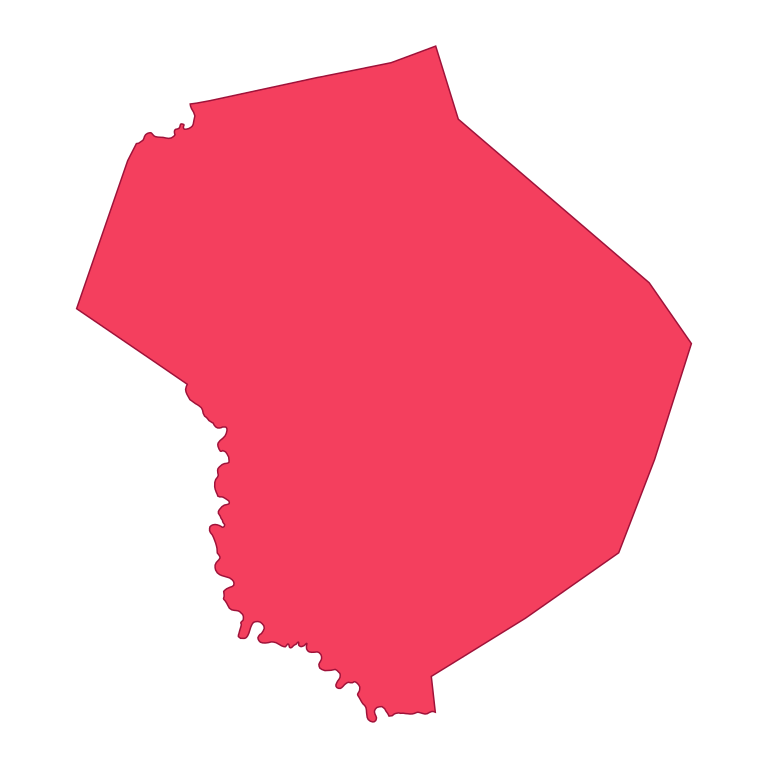 Shaamar, Selenge, Mongolia (orthographic projection)
{"feature_id": "93677404B82499437232686", "entity_name": "Shaamar", "entity_type": "district", "adm_level": 2, "iso_a3": "MNG", "parent_name": "Mongolia", "parent_adm1": "Selenge", "projection": "orthographic", "projection_center": [106.157, 50.033], "detail": "fine", "context": "isolated", "style": "filled", "palette": "rose", "viewbox_px": 768, "rotation_deg": 0, "n_neighbors": 0, "source": "geoboundaries", "source_scale": "gbopen_adm2", "svg_char_len": 4890}
<svg xmlns="http://www.w3.org/2000/svg" viewBox="0 0 768 768"><path d="M435.7,46.1L391.1,62.7L318.7,77.3L318.3,77.3L209.3,100.8L196.8,103.1L190.2,104.0L190.5,106.0L191.5,108.6L193.6,112.2L194.9,115.9L194.4,118.2L193.9,120.5L193.2,124.3L192.3,126.1L190.8,127.4L188.6,128.6L186.2,129.2L184.4,129.2L183.7,128.5L183.4,127.6L183.5,126.5L184.0,125.1L183.8,124.5L182.7,124.1L181.6,123.9L180.6,124.2L180.2,125.3L179.9,126.8L179.0,128.3L177.4,129.0L175.7,129.3L174.7,130.2L174.4,131.5L174.5,133.1L175.0,134.8L173.9,136.2L171.4,137.9L168.7,138.4L165.9,138.0L163.2,137.4L160.9,137.3L157.8,137.1L155.3,136.6L153.9,135.8L151.4,133.0L150.4,132.7L149.0,132.9L147.4,133.4L145.6,134.7L144.5,136.5L143.9,138.4L143.0,140.2L141.3,141.4L138.7,143.2L136.4,143.6L127.7,160.6L76.6,308.7L158.6,364.6L187.3,384.3L186.9,385.2L186.3,386.5L185.6,389.4L186.0,391.9L187.0,394.4L188.8,397.6L189.9,399.6L194.2,402.7L195.4,403.6L197.4,404.7L199.3,406.0L201.3,407.7L202.5,410.0L203.2,413.3L204.6,416.1L206.5,417.5L208.1,419.4L208.9,420.5L212.3,422.7L213.0,422.9L213.4,423.6L214.3,425.3L215.7,426.9L217.5,427.9L219.3,428.0L221.1,427.7L222.5,427.0L224.0,427.0L225.6,427.0L226.3,427.5L226.9,428.7L227.0,430.2L226.3,433.3L225.0,436.0L222.9,438.2L220.1,440.5L218.2,442.9L217.8,444.4L218.0,446.3L219.1,449.2L220.4,451.2L221.7,451.2L222.8,450.6L225.5,451.8L226.9,453.7L228.7,457.1L228.8,458.5L229.1,460.8L228.9,462.4L227.7,463.1L226.1,463.4L224.4,463.6L222.1,464.6L219.4,466.9L218.0,468.6L217.6,470.2L217.8,472.8L218.3,475.2L217.6,477.0L215.7,479.5L214.8,482.4L214.7,486.7L215.2,489.3L216.3,492.3L217.4,494.7L217.8,496.1L219.8,496.9L221.2,496.8L222.9,497.1L224.7,498.1L227.0,499.6L228.8,500.9L229.3,502.2L229.2,503.5L228.4,504.1L226.7,504.6L224.3,505.1L221.9,506.7L219.4,509.6L218.4,511.4L218.4,513.3L220.2,516.1L221.0,518.2L222.4,520.2L222.7,521.6L223.1,522.6L224.6,524.5L224.5,525.5L224.2,526.5L223.3,527.1L222.4,527.3L221.2,526.5L219.3,525.5L217.2,524.8L215.1,524.5L213.0,524.8L211.4,525.5L210.0,526.7L209.6,528.4L209.6,530.7L210.5,532.7L212.3,534.9L213.6,537.6L215.6,542.9L216.4,545.7L217.0,548.4L217.2,551.5L217.3,553.0L218.9,555.0L219.8,556.6L220.0,558.0L218.9,559.7L216.3,562.5L215.1,565.1L215.1,567.7L215.6,570.0L217.3,572.8L219.6,574.6L221.9,575.6L226.3,576.9L229.6,577.9L232.1,579.7L233.5,581.4L234.0,583.2L233.7,585.3L232.2,586.5L229.8,587.3L226.6,588.8L224.6,590.4L223.7,591.4L224.1,594.8L224.1,596.5L223.5,598.5L223.8,599.4L224.9,600.5L226.6,603.0L227.9,605.5L229.4,608.2L231.7,609.8L234.6,610.4L236.0,610.5L238.3,610.9L239.9,611.8L241.2,613.1L242.6,614.4L243.3,616.1L243.4,617.6L243.3,619.3L242.9,620.4L242.0,621.2L241.0,622.3L240.8,623.0L241.3,624.2L241.1,625.9L240.3,628.6L239.6,630.9L238.9,633.7L238.4,635.1L238.4,636.6L240.5,638.3L244.3,638.4L245.6,638.0L246.5,637.3L247.7,635.7L248.9,633.1L249.6,630.8L250.8,627.0L252.1,624.2L253.5,622.4L255.4,621.7L257.9,621.5L260.3,622.1L262.2,623.7L263.8,625.7L264.3,628.3L263.1,631.1L261.4,633.6L259.9,634.5L258.6,636.2L257.9,637.8L258.3,639.5L259.2,641.0L260.4,642.2L262.7,642.9L265.4,643.0L268.5,642.6L271.2,641.9L273.3,642.0L276.1,642.7L279.7,644.7L281.5,645.8L283.7,646.6L285.2,646.8L286.1,646.0L286.8,645.2L287.4,644.2L287.9,644.0L288.5,644.2L288.8,644.6L289.0,645.4L289.3,646.6L289.5,647.2L290.3,647.8L291.1,647.7L291.8,647.4L292.7,646.5L293.8,645.4L295.1,644.6L296.0,644.3L296.9,643.3L297.4,642.6L298.2,642.1L298.6,642.4L298.7,643.0L298.7,643.8L298.6,644.9L299.2,645.7L300.4,646.5L301.6,646.6L302.5,646.3L304.0,645.7L304.9,644.9L305.9,643.8L306.6,643.4L306.9,643.6L306.8,644.3L306.6,645.3L306.4,646.6L306.6,648.9L307.6,650.7L309.2,651.9L311.6,652.3L314.5,652.2L317.2,651.9L319.1,652.6L320.8,654.4L321.5,656.4L321.6,658.2L321.3,659.6L320.6,661.0L319.7,662.5L318.9,664.3L319.1,666.3L319.9,668.2L321.9,669.5L324.9,670.6L330.9,670.3L335.2,669.4L337.0,670.4L339.8,673.3L340.2,674.5L340.2,675.8L340.0,677.4L339.0,679.3L337.6,681.1L336.6,683.1L335.9,684.9L336.0,686.3L336.8,687.5L338.3,688.3L340.4,688.4L341.6,687.7L343.0,686.4L344.6,684.6L346.8,682.9L348.4,682.3L350.4,682.7L352.5,682.7L353.2,682.3L354.2,681.7L355.4,681.9L357.1,683.1L358.8,685.0L359.8,687.0L359.7,689.4L359.3,691.2L358.3,692.8L357.6,694.2L357.9,695.5L358.9,697.0L360.2,699.3L361.5,701.7L362.9,703.8L364.7,705.5L365.9,707.5L366.4,709.9L366.6,713.0L367.2,717.4L368.2,719.5L370.3,721.2L372.6,721.9L374.1,721.8L375.7,720.6L376.2,719.4L376.5,717.8L375.9,716.0L375.0,714.1L374.5,712.2L374.5,710.9L375.4,709.0L376.9,707.5L379.2,706.8L382.0,706.6L384.7,708.7L385.9,711.0L387.5,713.2L388.3,714.6L389.0,716.1L392.2,715.7L394.4,713.9L396.2,713.3L398.6,712.9L400.5,713.3L403.2,713.2L405.7,713.6L407.5,713.7L410.0,714.0L412.4,713.9L414.4,713.4L416.6,712.5L417.9,712.2L419.8,712.6L422.8,713.5L425.0,714.0L427.2,713.7L429.5,712.4L431.8,711.5L433.3,711.5L435.3,712.2L431.3,676.4L525.3,618.3L618.7,552.8L654.6,459.5L691.4,343.6L649.2,282.8L458.3,119.2L435.7,46.1Z" fill="#f43f5e" stroke="#9f1239" stroke-width="1.5"/></svg>